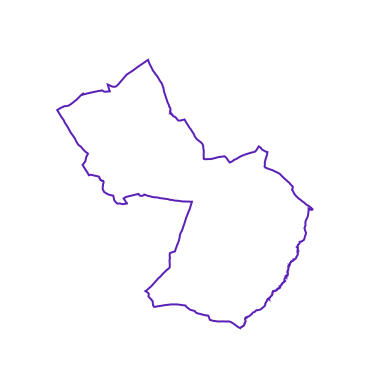 outline of Chemba, Dodoma, United Republic of Tanzania, rotated 238°
{"feature_id": "72390352B30961702846084", "entity_name": "Chemba", "entity_type": "district", "adm_level": 2, "iso_a3": "TZA", "parent_name": "United Republic of Tanzania", "parent_adm1": "Dodoma", "projection": "mercator", "projection_center": [35.501, -5.27], "detail": "fine", "context": "isolated", "style": "outline", "palette": "violet", "viewbox_px": 384, "rotation_deg": 238, "n_neighbors": 0, "source": "geoboundaries", "source_scale": "gbopen_adm2", "svg_char_len": 5931}
<svg xmlns="http://www.w3.org/2000/svg" viewBox="0 0 384 384"><g transform="rotate(238 192 192)"><path d="M195.3,272.8L193.6,269.3L192.8,267.0L193.1,265.7L194.2,262.4L195.7,256.6L196.5,251.8L196.4,251.2L196.6,248.9L196.5,247.1L197.0,244.1L196.7,243.4L196.7,241.0L197.0,239.7L197.7,239.5L202.9,239.2L205.0,238.6L207.5,233.1L209.4,226.9L210.3,224.8L211.5,223.0L212.3,221.4L213.4,219.8L213.7,219.6L214.4,219.7L214.9,220.2L216.8,221.2L220.3,223.6L224.0,225.2L225.2,225.9L226.6,226.2L227.6,226.3L229.3,225.9L232.6,224.7L233.9,224.1L237.3,223.8L239.8,224.2L245.7,224.2L247.3,224.0L254.4,223.9L256.6,224.1L257.5,224.0L258.8,219.9L259.4,218.9L260.1,218.1L263.9,217.7L265.2,217.1L266.1,216.3L267.2,216.3L267.8,216.0L268.2,216.3L268.6,216.3L269.2,215.6L269.6,215.7L270.1,215.2L270.2,215.6L270.4,215.8L270.6,215.4L272.2,216.2L272.1,216.5L272.7,217.1L274.0,217.8L275.4,218.1L276.5,217.9L277.8,218.5L280.5,218.7L292.0,221.5L295.3,222.9L300.1,223.9L303.1,223.7L307.9,223.9L311.5,223.5L313.4,223.5L314.9,223.2L324.0,224.0L327.3,224.8L326.9,212.9L326.3,205.9L326.2,198.8L322.1,185.8L321.8,183.2L322.8,181.1L323.9,180.1L327.7,177.5L322.3,175.9L320.9,175.6L322.9,171.7L324.0,170.5L325.4,169.9L326.0,169.5L326.1,168.4L327.0,166.8L329.9,158.8L332.0,152.6L332.4,150.9L333.1,151.3L332.9,149.0L331.5,143.5L330.8,137.1L330.6,133.8L330.7,133.2L331.3,131.1L332.5,129.1L332.6,126.6L332.9,125.7L332.9,121.1L325.3,121.0L320.3,121.3L318.7,120.9L312.9,121.0L306.1,120.6L303.5,120.9L298.7,121.0L297.0,120.7L293.3,120.6L291.6,120.8L289.5,121.8L285.9,122.2L282.8,122.9L279.8,124.1L279.2,123.5L277.6,120.7L274.7,118.0L273.1,114.2L273.1,113.7L270.6,113.5L263.4,113.6L260.9,113.4L260.7,114.3L259.9,115.7L254.6,121.0L253.5,121.3L252.9,120.8L251.5,121.0L251.0,120.7L250.6,120.8L250.2,121.3L249.9,121.4L249.4,121.3L249.0,122.1L248.5,122.6L247.4,122.4L246.8,122.0L245.8,120.8L242.4,118.1L241.2,117.7L238.6,117.5L235.1,119.2L233.3,120.5L230.6,123.3L226.2,121.7L225.4,121.7L223.2,122.1L221.6,122.6L220.7,124.5L218.3,126.9L216.7,130.7L216.8,130.9L217.1,130.9L218.3,130.6L220.4,130.7L222.8,130.6L222.8,133.4L218.7,145.7L217.1,145.7L216.2,146.1L215.2,147.6L214.8,149.7L215.1,150.2L212.0,152.7L207.9,156.7L205.3,160.3L204.2,161.1L198.4,168.2L197.0,169.1L196.1,170.6L193.2,173.6L191.9,175.7L190.2,177.5L188.8,179.3L183.8,186.8L178.4,180.6L177.1,178.6L172.6,172.6L170.0,169.7L164.4,162.8L163.7,161.3L161.9,158.9L160.3,157.7L157.9,155.3L155.4,152.1L155.1,151.4L153.4,149.5L152.4,148.0L150.7,146.2L151.9,140.9L150.5,139.7L148.3,138.5L147.7,138.4L146.7,137.3L145.6,136.5L142.0,134.6L139.8,133.0L139.5,132.1L139.2,129.2L137.9,123.1L136.9,119.9L136.8,118.4L133.7,107.7L132.6,101.1L132.6,100.0L130.5,101.0L129.0,101.5L127.9,101.0L126.5,99.7L124.1,100.1L122.6,100.6L122.4,100.7L121.8,100.4L120.6,100.7L120.0,100.7L119.6,100.4L116.7,99.0L114.8,98.9L114.5,99.2L110.6,108.6L107.6,115.0L104.5,119.9L99.2,126.3L97.2,126.5L93.5,127.9L92.7,128.4L89.7,131.2L87.7,131.4L85.4,133.0L84.5,134.1L80.9,137.4L78.6,140.2L77.9,140.2L74.1,139.4L71.2,142.0L69.7,144.0L68.6,145.1L68.2,145.9L66.9,147.9L65.7,150.0L64.1,152.2L63.2,153.9L62.4,155.0L61.3,156.0L58.3,157.5L52.9,159.6L50.9,160.9L51.3,161.7L51.4,162.4L51.1,163.1L51.4,163.4L51.4,163.9L51.2,164.2L51.2,165.2L51.6,166.0L52.4,166.4L52.4,167.0L53.1,167.4L53.3,168.0L53.9,168.6L54.1,169.1L56.1,169.6L56.4,170.3L56.7,170.3L57.1,170.8L57.0,171.6L56.5,171.8L56.9,172.3L56.9,172.6L56.7,173.4L56.5,173.7L56.4,174.5L56.6,176.3L56.8,177.1L56.7,177.6L57.5,180.0L57.1,181.6L57.7,184.0L57.1,184.7L56.3,186.9L56.1,188.3L56.5,191.4L57.0,193.7L57.8,194.6L58.3,194.7L58.5,195.2L59.4,196.5L59.4,196.8L59.8,197.4L60.1,198.2L60.9,198.7L61.1,199.7L60.7,199.6L60.6,199.9L60.9,200.1L60.9,200.3L60.5,200.3L60.3,200.4L61.0,200.5L60.8,201.3L60.9,201.5L61.1,201.5L61.3,202.0L61.3,202.6L61.8,203.4L61.8,204.4L62.1,204.7L62.0,205.0L62.5,205.8L62.9,205.9L63.0,206.3L63.3,206.4L63.6,206.8L64.1,206.9L64.5,207.7L64.5,207.9L64.8,208.1L64.6,208.3L64.7,208.6L64.3,209.1L64.6,209.6L64.4,210.3L64.0,210.4L64.0,210.8L63.8,211.3L64.0,211.6L63.9,212.0L64.1,212.2L64.1,212.6L64.6,212.8L64.7,213.0L64.7,213.4L64.4,213.6L64.5,213.9L64.2,214.4L64.4,214.7L64.1,215.3L64.8,215.6L64.6,216.5L64.8,216.7L65.3,216.7L65.1,217.0L65.7,217.7L65.7,218.3L66.1,218.8L66.0,219.2L66.5,219.5L66.6,220.1L67.0,220.8L66.6,221.5L66.7,222.0L67.3,222.6L67.1,223.4L67.1,223.8L68.3,223.7L68.7,224.1L69.5,224.5L70.0,226.1L69.8,226.6L70.9,226.7L70.8,227.0L70.1,227.0L71.2,227.7L71.2,228.0L70.5,228.2L70.4,228.4L70.4,228.7L71.3,229.3L71.6,229.9L72.3,230.4L73.1,230.1L73.9,230.6L74.0,231.1L74.6,231.5L74.4,231.8L74.6,232.1L75.2,232.2L75.5,232.9L76.7,233.5L77.1,234.3L77.9,234.1L78.1,234.3L77.9,235.2L78.3,235.4L78.6,235.8L79.0,235.8L78.5,236.5L79.2,237.0L79.5,237.5L80.0,237.8L79.9,238.6L80.6,239.1L80.5,240.4L80.1,240.9L80.6,241.5L80.8,242.3L81.0,242.4L80.8,242.7L80.4,242.8L80.4,243.0L80.7,243.2L80.5,244.0L80.9,245.5L81.3,246.0L81.8,246.2L82.0,246.7L82.1,247.4L82.6,248.2L83.1,248.4L83.7,249.2L84.0,249.4L84.4,249.3L85.0,249.5L85.2,250.1L85.4,249.7L85.5,249.7L85.8,250.5L86.3,250.6L86.7,251.1L87.2,251.0L87.7,251.7L88.3,252.0L89.2,251.8L89.0,252.3L89.1,252.5L89.9,252.4L90.3,252.7L90.4,253.3L91.0,253.8L91.3,255.7L91.9,256.4L92.6,256.8L92.6,257.2L92.1,258.0L92.2,258.7L92.0,259.2L92.0,261.2L93.0,262.8L94.3,264.0L96.7,267.0L98.8,267.4L101.7,268.2L103.8,270.8L105.8,271.8L107.2,273.0L109.9,277.2L111.9,279.1L113.3,279.9L114.5,281.2L116.2,282.1L115.9,282.3L115.0,282.1L114.7,282.2L114.7,283.1L113.4,284.0L113.3,284.5L113.4,285.0L113.6,285.1L114.3,284.8L115.0,284.8L117.7,283.9L120.6,282.3L123.7,281.5L125.8,280.5L127.9,279.9L129.6,279.1L134.1,278.0L136.4,277.8L140.0,278.2L140.9,278.0L142.5,280.0L142.8,280.1L143.2,280.3L146.8,279.5L148.3,279.5L149.2,279.0L152.1,278.3L154.4,277.5L161.3,275.9L168.2,271.6L170.3,269.7L174.1,267.0L175.2,267.0L176.4,268.2L178.2,269.2L180.6,271.5L183.8,275.4L185.9,277.1L187.2,275.9L190.5,274.1L191.5,273.7L193.2,273.8L195.3,272.8Z" fill="none" stroke="#5b21b6" stroke-width="2"/></g></svg>